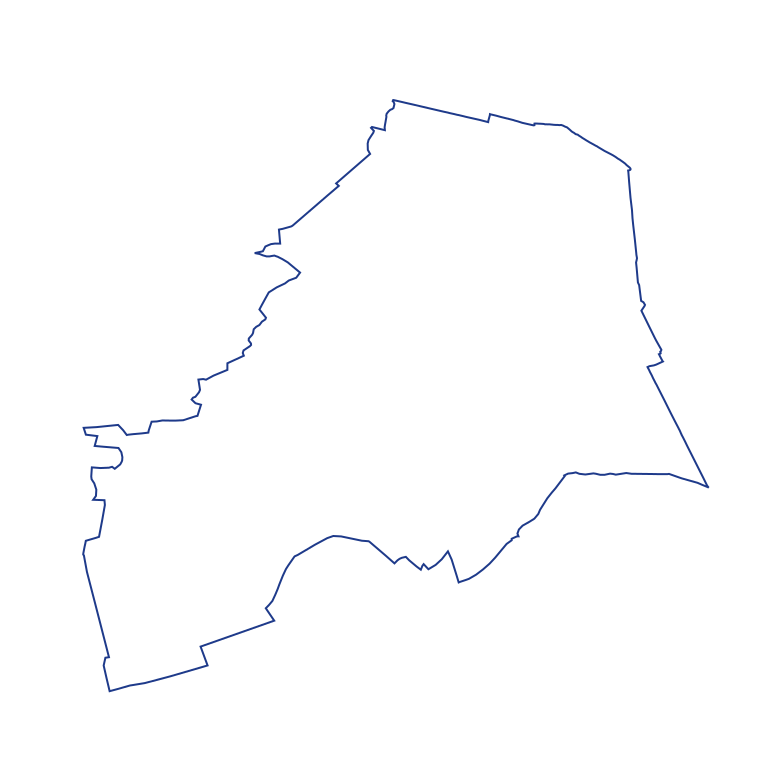 Salacea, Bihor, Romania, rotated 355°
{"feature_id": "2599482B49985047544028", "entity_name": "Salacea", "entity_type": "district", "adm_level": 2, "iso_a3": "ROU", "parent_name": "Romania", "parent_adm1": "Bihor", "projection": "equal_earth", "projection_center": [22.294, 47.457], "detail": "fine", "context": "isolated", "style": "outline", "palette": "blue", "viewbox_px": 768, "rotation_deg": 355, "n_neighbors": 0, "source": "geoboundaries", "source_scale": "gbopen_adm2", "svg_char_len": 5602}
<svg xmlns="http://www.w3.org/2000/svg" viewBox="0 0 768 768"><g transform="rotate(355 384 384)"><path d="M441.1,588.2L441.7,588.0L442.3,587.8L448.2,586.4L451.2,585.6L451.4,585.6L459.1,582.0L466.4,577.4L473.5,572.2L479.6,566.7L492.2,554.0L497.6,550.8L497.7,549.3L503.1,547.4L504.7,547.5L503.9,544.6L505.7,540.7L509.7,537.2L516.7,534.0L522.0,531.3L526.4,526.9L528.5,522.9L536.7,512.1L541.7,506.8L545.7,502.9L556.0,491.5L555.6,490.8L559.6,489.3L564.0,489.2L567.4,488.8L570.8,490.5L576.7,491.7L584.8,491.3L586.1,491.6L587.3,491.9L591.5,493.3L595.7,493.7L601.4,493.0L604.3,493.6L607.0,494.5L617.6,493.8L622.7,495.0L642.8,497.0L648.5,497.6L654.2,498.1L658.4,498.5L660.1,498.4L670.0,502.9L672.5,504.0L687.3,509.6L687.8,509.8L692.2,512.2L697.8,515.1L698.5,515.6L698.1,515.1L697.8,514.6L697.1,513.5L696.6,512.3L693.6,504.6L692.0,500.6L686.9,487.8L680.6,472.0L678.9,467.5L677.7,464.5L677.3,463.5L677.1,463.0L676.0,460.5L676.0,460.1L675.7,459.6L674.9,457.1L674.2,455.2L673.8,454.4L673.5,453.5L673.2,452.8L672.5,451.1L671.7,449.2L670.3,445.8L667.1,437.9L661.8,424.4L659.3,418.2L655.3,408.2L654.7,407.0L654.3,406.0L654.0,405.2L652.9,402.5L652.6,401.8L651.5,398.7L650.7,396.8L650.0,395.2L649.5,393.7L648.9,392.2L648.2,390.7L648.0,390.1L648.3,390.0L649.1,389.7L650.0,389.4L650.7,389.3L654.4,389.0L656.9,388.4L663.8,385.9L663.5,385.5L661.4,380.6L660.9,379.2L660.5,378.3L661.2,378.1L662.0,377.8L662.3,377.5L662.2,376.8L662.0,376.4L662.0,376.1L662.0,375.9L662.5,375.5L662.9,375.1L663.3,374.1L658.9,364.4L657.7,361.5L652.8,348.9L646.8,333.4L650.4,328.9L650.9,327.9L649.6,325.2L647.4,323.6L646.8,307.7L645.8,305.0L645.8,297.6L645.8,290.2L645.7,284.9L646.4,282.8L647.0,280.7L646.7,277.4L646.7,275.7L646.5,262.4L646.3,254.8L646.1,247.2L646.0,240.4L646.2,232.4L645.8,219.9L645.8,212.9L645.8,210.4L645.8,204.0L645.9,194.2L645.8,192.6L646.8,192.5L647.8,192.2L648.1,192.0L648.3,191.7L648.3,190.9L648.0,190.4L647.7,189.9L645.0,187.3L644.1,186.3L643.6,185.6L641.6,183.8L639.7,182.2L638.3,181.0L636.7,179.9L634.5,178.0L632.1,176.2L630.3,175.0L626.5,172.6L624.1,171.1L620.5,168.5L618.0,166.7L616.5,165.5L616.0,165.3L615.4,164.9L613.4,163.5L612.6,163.0L611.6,162.3L609.9,161.2L608.7,160.3L607.6,159.5L607.0,159.1L604.8,157.4L603.0,156.1L601.9,155.1L599.9,153.6L598.7,152.5L596.7,151.8L595.1,150.3L594.0,149.6L593.0,148.8L592.1,147.8L590.9,146.5L589.6,145.2L588.7,144.3L586.8,143.4L584.9,142.2L584.0,141.8L583.1,141.4L581.3,141.4L579.8,141.1L578.6,141.0L576.4,140.7L575.2,140.5L574.3,140.3L573.9,140.2L573.1,140.1L572.3,139.9L571.3,139.7L569.4,139.6L568.2,139.4L567.6,139.4L566.6,139.2L566.0,138.9L563.5,138.5L557.5,137.7L556.8,137.7L556.6,137.7L556.4,139.3L555.6,139.4L554.3,139.0L544.6,135.9L540.1,134.0L536.8,132.8L536.3,132.5L531.4,130.8L530.7,130.5L529.9,130.3L523.2,128.0L523.0,127.9L522.4,127.7L519.2,126.5L514.4,124.9L514.2,124.9L513.1,124.4L512.8,125.7L511.2,130.0L511.0,130.5L510.8,131.2L510.6,132.2L502.1,129.2L489.8,125.3L487.7,124.6L487.2,124.4L481.5,122.5L480.6,122.3L477.4,121.2L472.9,119.8L471.3,119.2L467.4,118.0L452.1,113.0L437.5,108.2L430.0,105.8L427.0,104.8L419.3,102.3L419.0,102.2L418.4,102.1L418.2,102.0L418.0,101.9L417.9,101.9L417.8,102.1L417.3,103.0L417.7,103.4L418.1,103.8L418.8,106.0L417.7,109.3L417.6,109.8L416.2,110.8L414.2,111.4L412.3,112.8L410.2,115.0L409.6,116.9L409.7,118.0L408.6,122.1L408.5,122.5L407.5,126.2L407.0,128.3L407.0,131.2L394.4,126.9L393.4,127.7L396.0,131.0L395.2,132.8L392.7,135.9L389.8,139.7L388.7,143.0L388.3,149.4L390.2,153.6L353.8,180.0L356.2,182.7L344.7,190.9L307.0,218.1L305.9,218.7L305.1,219.0L296.6,220.6L292.8,221.0L292.8,235.1L287.7,234.6L283.6,234.8L280.7,235.7L277.8,236.7L274.9,241.2L271.5,241.7L266.6,242.3L269.4,243.1L270.9,243.5L271.5,243.7L274.6,245.3L278.3,246.7L281.3,246.9L283.2,246.7L286.0,246.5L287.0,247.0L288.3,247.6L289.1,247.9L291.3,249.3L293.6,250.7L298.8,254.5L301.2,256.9L310.1,265.7L305.8,270.5L298.2,272.6L294.1,275.2L285.5,278.4L277.2,282.7L273.2,288.6L269.2,294.6L266.4,298.9L272.2,307.7L271.4,309.3L267.8,311.3L265.0,314.4L261.7,315.9L259.0,318.1L258.0,321.7L257.0,323.4L253.3,326.9L253.0,328.9L255.0,332.0L255.0,333.5L253.9,334.5L247.0,338.3L246.0,340.8L246.8,343.6L229.8,349.7L229.5,352.9L229.2,356.3L214.9,360.8L207.1,364.2L204.3,363.3L199.5,363.4L200.2,373.8L199.0,376.1L195.0,380.3L192.5,381.0L191.0,382.7L194.5,386.7L199.9,388.7L195.4,399.5L193.4,399.7L180.8,402.6L173.2,402.3L168.7,401.9L162.8,401.3L160.1,401.0L154.5,401.5L149.2,401.3L145.6,409.7L145.0,411.9L138.4,412.1L129.3,412.1L125.0,412.2L123.3,412.4L120.1,407.3L115.6,401.6L93.8,401.9L81.0,401.5L82.6,408.5L93.9,410.9L90.4,420.5L97.6,421.8L113.9,424.6L116.4,429.1L117.0,434.1L116.5,437.3L115.9,438.6L114.2,441.1L108.4,445.0L105.9,442.8L102.7,443.4L94.1,443.0L85.7,441.6L84.3,450.6L84.4,453.4L86.7,457.7L88.2,464.2L87.3,470.4L84.2,474.0L95.4,475.4L95.4,480.2L91.5,494.7L86.8,511.4L83.4,512.2L73.3,514.2L72.8,515.9L72.6,516.7L71.6,519.8L69.7,526.5L69.5,527.7L70.1,528.6L71.7,545.3L74.3,560.8L76.9,576.3L86.2,632.2L82.6,632.4L80.2,640.0L82.0,653.1L83.1,660.6L83.9,666.1L91.8,664.7L104.7,662.2L107.8,662.0L119.6,661.1L141.6,657.3L145.6,656.6L183.7,649.0L178.4,629.6L254.0,610.2L246.7,597.1L250.2,594.1L253.9,590.4L257.3,584.5L260.3,578.8L262.2,574.7L266.5,566.2L270.2,559.8L272.9,556.3L279.5,548.4L280.0,547.9L283.1,546.8L288.5,544.2L301.2,538.1L314.0,532.6L320.2,531.0L328.0,532.1L348.3,538.2L355.0,539.3L356.0,540.1L371.0,555.4L378.8,563.6L382.1,560.8L384.3,559.5L386.6,558.7L390.7,558.1L393.7,561.8L400.5,568.6L404.5,572.2L406.4,568.5L407.8,566.9L412.1,572.4L419.7,568.7L426.3,563.6L433.1,556.3L436.1,564.8L439.6,580.9L441.1,588.2Z" fill="none" stroke="#1e3a8a" stroke-width="2"/></g></svg>